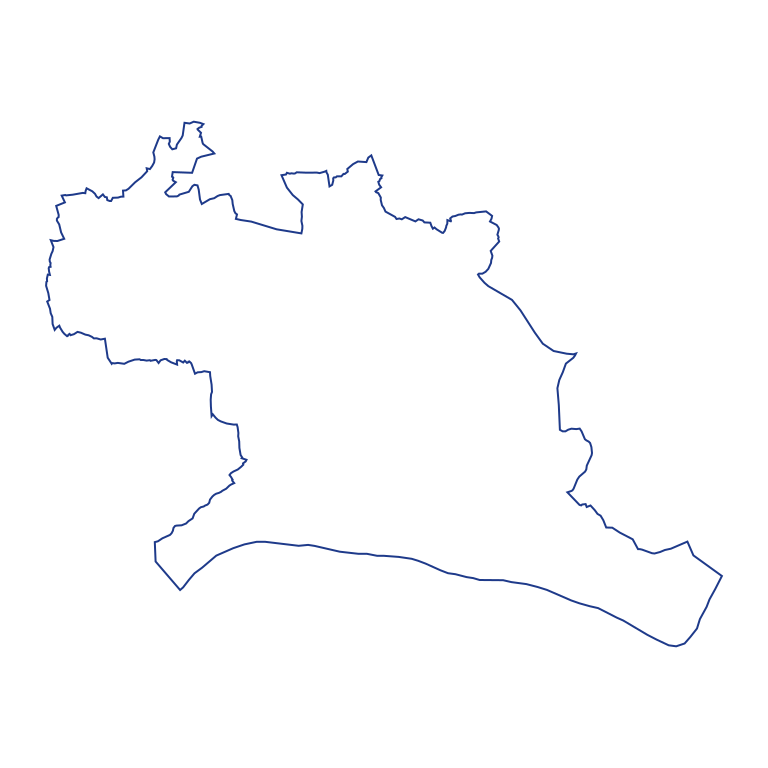 Aguata, Anambra, Nigeria (orthographic projection)
{"feature_id": "59680162B7486965108625", "entity_name": "Aguata", "entity_type": "district", "adm_level": 2, "iso_a3": "NGA", "parent_name": "Nigeria", "parent_adm1": "Anambra", "projection": "orthographic", "projection_center": [7.074, 5.98], "detail": "fine", "context": "isolated", "style": "outline", "palette": "blue", "viewbox_px": 768, "rotation_deg": 0, "n_neighbors": 0, "source": "geoboundaries", "source_scale": "gbopen_adm2", "svg_char_len": 6059}
<svg xmlns="http://www.w3.org/2000/svg" viewBox="0 0 768 768"><path d="M180.1,590.0L183.1,587.4L188.9,579.9L194.5,573.3L202.1,567.7L216.3,555.6L233.2,548.2L244.4,544.4L256.7,541.8L265.1,541.8L298.7,545.8L308.1,544.9L314.6,545.9L339.8,551.7L358.4,553.8L366.9,553.8L377.1,555.8L383.7,555.8L398.6,556.9L411.7,558.8L418.2,560.8L425.6,563.6L440.5,570.3L448.0,573.2L455.4,574.2L466.6,577.1L473.2,578.1L479.7,580.0L503.1,580.2L511.4,582.1L526.4,584.1L537.6,587.0L546.9,589.9L571.1,600.4L579.4,603.3L589.7,606.2L598.1,608.1L616.7,617.6L623.2,620.5L647.3,634.8L656.6,639.6L668.7,645.3L676.2,646.3L684.6,643.5L690.3,637.0L697.0,628.5L699.9,619.1L706.6,606.9L709.5,599.4L715.2,589.1L721.9,576.0L693.4,555.4L687.4,541.6L670.9,548.7L664.9,550.0L660.1,552.0L654.5,553.5L652.0,553.2L642.0,549.6L639.7,549.1L638.0,549.1L632.7,539.3L619.8,532.6L612.3,527.7L606.2,527.5L603.3,520.2L600.6,515.7L597.5,513.9L594.8,510.2L590.5,505.5L586.7,507.0L585.6,504.1L582.2,504.5L581.2,505.4L579.5,504.9L567.4,492.3L571.3,491.0L572.4,490.4L573.6,488.7L577.3,479.6L579.3,476.6L585.1,471.6L586.3,469.4L586.8,465.6L591.6,455.2L592.0,453.0L591.4,447.1L590.1,443.0L588.7,441.6L586.4,440.4L584.9,439.2L581.6,431.4L579.7,428.6L576.4,429.1L571.4,428.7L568.2,429.7L565.5,431.3L562.6,431.3L559.9,429.8L558.8,405.0L557.4,388.2L559.3,380.0L562.8,372.2L565.9,363.6L573.3,357.8L575.0,355.5L576.0,353.5L573.4,354.3L566.7,353.7L553.6,351.0L542.8,343.7L534.8,332.6L520.5,310.4L512.0,299.9L488.4,286.2L484.5,282.8L479.7,277.4L478.0,274.5L478.9,273.7L482.3,273.7L485.6,271.8L488.3,268.9L491.0,263.0L491.3,259.9L492.1,257.9L492.4,255.7L490.7,250.9L499.2,241.5L498.1,238.5L498.6,237.5L498.4,236.5L497.4,234.7L498.8,229.9L498.9,228.5L498.4,227.4L496.7,225.0L490.0,221.5L491.5,218.7L492.1,215.9L486.1,211.4L476.2,212.4L474.0,213.1L469.4,212.9L465.1,213.3L461.9,214.6L460.9,214.4L458.5,214.7L455.3,216.0L452.5,216.5L450.2,218.4L451.0,221.0L450.8,221.3L447.4,220.1L447.3,223.7L446.3,225.9L446.1,227.3L444.7,230.9L443.1,232.9L442.2,232.8L436.6,229.3L434.5,227.5L432.9,228.7L431.5,226.1L430.3,222.7L424.4,222.4L422.7,220.5L418.5,219.3L415.4,221.4L405.2,217.1L401.8,219.3L399.4,218.5L396.5,219.0L395.1,216.9L385.5,211.6L383.9,208.0L382.0,205.3L380.7,199.9L380.8,197.5L378.3,193.1L376.1,192.2L375.5,191.4L381.1,187.3L379.2,184.7L378.3,181.8L379.4,181.1L380.1,179.0L381.4,178.3L381.3,177.3L382.3,175.5L378.7,175.0L371.3,155.4L368.3,157.6L366.4,162.1L357.9,161.5L353.1,164.1L347.3,169.0L347.8,171.6L344.7,174.0L343.5,173.9L341.4,176.3L337.0,176.3L335.7,177.4L334.0,177.4L333.2,178.3L333.3,180.5L332.2,184.8L329.5,186.4L327.8,174.7L326.5,172.4L326.3,170.9L324.5,171.7L319.6,173.1L316.9,172.6L306.6,172.7L296.7,172.3L295.1,173.4L294.0,173.6L291.3,173.3L289.9,173.7L286.9,172.8L286.0,174.5L281.5,175.2L286.9,187.6L292.8,195.1L298.0,199.5L302.8,204.4L301.6,212.0L301.9,216.7L301.4,221.0L302.4,225.8L302.3,228.8L301.4,233.4L276.6,229.3L251.3,221.6L240.7,220.0L235.9,218.9L237.0,214.4L235.4,213.2L234.3,211.1L232.7,204.0L232.3,200.1L230.6,195.9L229.4,195.2L228.7,193.9L219.9,195.1L217.6,196.0L214.2,198.2L209.9,199.2L201.8,204.0L200.0,199.5L198.7,189.6L197.5,185.4L194.4,184.8L192.4,186.2L188.8,191.8L179.4,194.6L178.6,195.6L176.9,196.4L169.0,196.5L166.1,194.1L165.2,192.3L175.8,182.2L173.3,180.8L172.6,179.8L173.3,177.7L173.1,177.3L172.0,176.7L172.7,172.1L192.1,172.8L197.0,158.6L201.2,156.7L214.3,153.5L212.6,151.5L203.2,144.1L202.6,142.9L201.2,136.6L199.8,136.7L201.0,132.8L197.6,129.5L197.5,129.0L199.4,127.6L201.6,126.9L201.6,125.9L203.4,124.1L199.9,122.8L193.7,121.7L189.7,123.5L184.5,122.8L182.7,135.5L181.4,138.1L176.9,144.6L176.1,148.3L172.3,149.3L170.1,146.8L168.8,143.9L169.8,141.7L169.6,138.1L163.0,138.2L159.9,136.4L158.2,139.8L153.3,152.4L154.4,156.7L154.6,159.3L154.1,162.5L152.2,166.0L149.9,169.1L146.7,168.3L147.2,171.2L141.5,177.3L135.1,182.3L128.5,188.8L125.9,190.4L123.0,190.6L123.4,196.6L120.9,196.7L118.0,197.6L112.8,197.8L111.1,201.0L109.7,201.0L107.3,200.1L106.8,197.3L104.9,197.0L102.9,194.4L98.6,198.1L96.5,196.5L95.0,193.8L92.3,191.3L86.6,188.3L85.6,191.0L85.3,193.2L82.8,192.9L72.7,194.7L66.0,195.4L65.3,195.0L61.7,195.6L64.9,202.4L56.2,205.9L58.7,215.0L58.6,217.1L57.7,217.7L56.9,218.9L56.9,220.6L59.2,224.4L61.1,232.4L64.2,238.8L57.4,241.0L53.8,240.9L50.8,240.2L53.5,247.1L52.6,251.2L51.4,253.7L49.6,259.5L49.8,261.6L50.6,263.0L50.3,265.1L50.6,266.8L49.1,267.1L48.7,268.2L49.1,271.7L49.9,274.9L47.8,274.6L46.9,278.6L47.1,281.3L46.4,281.9L46.1,285.8L48.3,293.1L49.5,300.0L47.2,301.5L50.0,308.7L50.7,313.2L52.3,316.9L52.6,324.0L54.7,329.9L56.4,327.8L59.3,325.7L60.1,327.7L62.6,331.8L64.3,333.8L67.1,336.2L67.8,335.9L68.4,334.7L69.6,333.9L70.5,335.2L73.9,334.2L77.5,331.9L80.9,332.7L85.3,334.6L88.7,335.3L92.0,336.9L93.9,338.4L96.6,338.3L100.7,339.5L104.9,338.7L107.7,357.7L111.7,363.8L112.2,363.1L114.7,363.4L117.8,362.9L124.3,363.8L128.4,361.7L134.7,359.6L139.6,359.3L140.7,360.0L143.4,360.0L146.6,360.6L149.9,360.2L150.5,360.8L155.3,359.9L156.4,360.1L158.6,363.0L160.6,360.3L164.3,359.0L166.7,359.1L167.2,360.0L171.1,362.3L177.1,364.6L176.8,361.3L177.1,360.2L179.3,360.3L183.2,362.5L184.8,360.7L187.0,362.9L188.3,362.3L188.4,361.7L189.3,361.4L191.1,363.1L191.7,364.4L195.0,373.7L197.7,372.3L201.3,372.1L204.2,371.2L210.0,372.2L210.2,375.9L211.6,384.7L212.0,391.9L211.1,394.3L210.7,399.7L210.9,406.4L211.6,416.1L212.8,414.3L215.6,417.7L217.9,419.9L220.8,421.4L226.7,423.5L233.7,424.6L236.8,424.5L237.6,427.1L238.4,433.0L238.2,436.3L239.2,441.4L239.4,447.9L240.6,455.0L242.2,457.5L241.7,458.2L246.5,459.8L245.7,461.4L243.0,463.4L243.3,464.7L241.0,466.9L237.8,469.5L233.5,471.5L230.9,473.2L229.5,475.0L231.1,477.1L232.6,479.7L232.1,480.1L232.4,480.9L234.2,483.1L231.1,484.5L229.4,485.6L226.2,488.7L222.3,490.8L221.1,491.8L218.9,492.9L216.2,493.7L214.2,494.9L212.4,496.5L210.0,499.6L209.2,502.8L207.5,504.6L205.0,505.6L203.7,506.5L200.9,507.2L199.1,508.5L194.3,513.7L192.6,518.4L188.5,521.1L186.1,523.5L181.6,525.3L176.5,525.6L175.0,526.0L173.5,527.9L172.9,530.7L171.6,533.2L170.0,534.9L162.4,538.3L157.9,541.3L154.8,542.1L155.6,561.5L180.1,590.0Z" fill="none" stroke="#1e3a8a" stroke-width="2"/></svg>